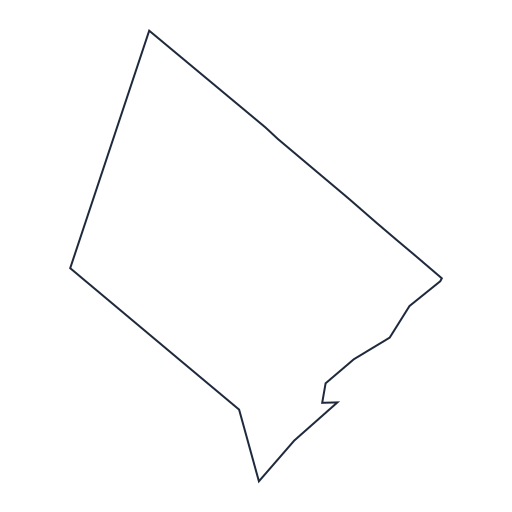 outline of Hays, Texas, United States of America
{"feature_id": "52423323B40062002431262", "entity_name": "Hays", "entity_type": "district", "adm_level": 2, "iso_a3": "USA", "parent_name": "United States of America", "parent_adm1": "Texas", "projection": "robinson", "projection_center": [-97.934, 30.054], "detail": "fine", "context": "isolated", "style": "outline", "palette": "slate", "viewbox_px": 512, "rotation_deg": 0, "n_neighbors": 0, "source": "geoboundaries", "source_scale": "gbopen_adm2", "svg_char_len": 400}
<svg xmlns="http://www.w3.org/2000/svg" viewBox="0 0 512 512"><path d="M70.2,268.2L181.7,361.6L239.1,409.6L246.6,436.7L248.8,444.7L258.9,481.3L294.2,440.6L337.4,402.4L322.2,402.8L325.6,383.3L353.9,359.2L389.7,337.6L409.5,306.0L440.3,281.2L441.8,278.3L415.7,256.0L396.8,240.1L376.7,223.0L348.8,198.7L278.1,139.2L265.4,127.4L149.2,30.7L70.2,268.2Z" fill="none" stroke="#1e293b" stroke-width="2"/></svg>